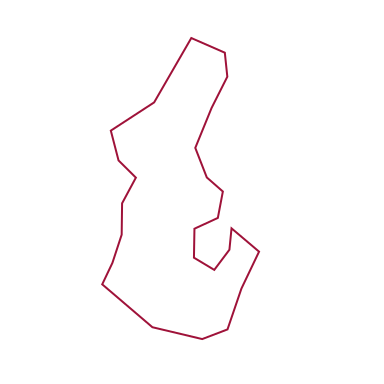 an SVG outline of Triesen, rotated 31°
{"feature_id": "LIE-4893", "entity_name": "Triesen", "entity_type": "state/province", "adm_level": 1, "iso_a3": "LIE", "parent_name": "Liechtenstein", "parent_adm1": "", "projection": "mercator", "projection_center": [9.548, 47.092], "detail": "fine", "context": "isolated", "style": "outline", "palette": "rose", "viewbox_px": 384, "rotation_deg": 31, "n_neighbors": 0, "source": "natural_earth", "source_scale": "10m", "svg_char_len": 485}
<svg xmlns="http://www.w3.org/2000/svg" viewBox="0 0 384 384"><g transform="rotate(31 192 192)"><path d="M293.2,291.5L276.5,312.8L227.7,328.3L162.6,317.4L160.3,293.8L153.7,264.8L137.9,237.7L136.5,208.6L112.8,202.8L90.8,181.2L113.4,134.7L112.1,60.4L148.4,55.7L162.9,75.0L165.5,109.9L172.1,152.5L197.2,171.9L218.2,175.7L227.5,200.9L213.0,222.2L227.5,247.3L251.2,247.3L253.8,222.2L244.6,202.8L280.2,208.6L284.1,249.3L293.2,291.5Z" fill="none" stroke="#9f1239" stroke-width="2"/></g></svg>